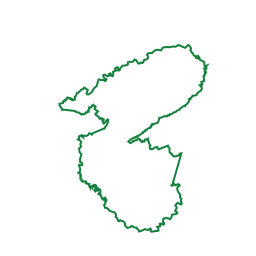 Zapotillo, Loja, Ecuador, rotated 196°
{"feature_id": "8360857B34607676191169", "entity_name": "Zapotillo", "entity_type": "district", "adm_level": 2, "iso_a3": "ECU", "parent_name": "Ecuador", "parent_adm1": "Loja", "projection": "mercator", "projection_center": [-80.325, -4.234], "detail": "fine", "context": "isolated", "style": "outline", "palette": "green", "viewbox_px": 256, "rotation_deg": 196, "n_neighbors": 0, "source": "geoboundaries", "source_scale": "gbopen_adm2", "svg_char_len": 5830}
<svg xmlns="http://www.w3.org/2000/svg" viewBox="0 0 256 256"><g transform="rotate(196 128 128)"><path d="M173.0,103.2L170.3,102.7L169.1,101.5L169.4,99.4L168.0,97.1L169.4,94.8L167.7,91.2L165.6,90.0L165.5,84.3L164.8,83.5L164.7,82.0L162.6,81.6L161.8,80.3L161.8,79.7L162.4,79.4L164.9,78.9L162.4,74.8L162.1,72.1L163.5,71.4L163.1,71.0L161.5,71.0L160.4,70.1L160.2,69.3L160.7,69.2L160.8,68.7L160.0,68.1L160.0,66.3L158.7,66.4L158.5,64.7L156.7,63.9L156.5,64.5L153.8,65.0L153.5,63.4L152.7,64.0L151.9,63.2L151.0,63.0L149.7,63.6L149.2,61.3L147.5,59.7L147.8,61.8L147.1,62.0L145.6,60.7L145.8,62.8L145.3,64.0L144.8,64.0L144.4,62.9L143.3,62.1L143.2,64.0L142.8,63.9L142.3,63.3L142.5,62.7L141.5,61.2L140.9,61.1L140.3,61.9L139.8,61.5L140.6,60.3L142.7,60.1L143.1,58.7L141.9,58.1L141.8,59.1L139.6,59.4L139.3,59.9L139.7,60.7L138.2,61.3L137.4,60.6L136.5,57.5L137.8,57.6L138.1,56.5L137.4,56.7L135.7,55.9L135.8,55.3L134.6,54.7L133.9,53.1L132.8,53.2L132.3,52.2L131.7,52.5L132.4,53.5L131.6,53.8L130.9,54.7L129.8,53.7L130.7,52.9L129.7,51.7L129.5,52.8L128.8,52.7L128.7,51.5L129.6,50.9L129.0,48.9L129.8,47.4L128.0,44.9L126.4,45.3L124.3,44.5L123.7,43.7L122.7,43.3L117.2,43.0L115.5,41.1L115.4,39.1L113.7,38.4L111.6,35.9L110.6,36.1L110.1,37.2L106.3,36.8L105.1,36.0L103.7,33.3L101.2,31.8L98.9,33.0L98.1,33.7L97.8,34.7L96.8,34.9L94.5,34.1L92.2,34.6L91.0,33.3L90.4,33.3L89.4,32.5L89.0,31.6L87.6,32.2L83.8,35.5L80.5,35.4L78.9,37.5L78.1,37.0L77.8,35.3L76.9,34.8L74.3,35.8L73.2,36.8L71.9,36.9L70.5,37.7L71.1,39.8L72.7,41.0L70.0,42.4L71.0,44.7L70.4,45.1L67.4,44.8L66.9,45.4L67.0,46.5L68.1,46.9L68.6,47.6L69.0,50.6L66.6,52.0L64.1,52.2L62.5,51.8L61.6,54.6L61.8,56.2L61.4,57.2L59.1,58.0L57.2,59.4L57.3,60.4L59.9,61.2L59.1,64.5L59.9,65.7L61.0,66.4L61.1,67.1L59.7,69.8L56.2,69.1L55.7,69.3L55.5,70.1L57.1,72.3L57.2,74.8L58.6,75.3L59.2,76.6L59.1,78.0L62.1,80.3L63.6,82.2L64.2,84.5L62.5,86.9L62.9,87.5L64.2,87.9L66.8,85.9L67.7,86.5L68.7,86.4L69.7,84.7L70.4,84.9L69.4,86.3L69.6,87.0L69.1,87.7L69.7,88.0L69.7,118.4L71.0,117.8L71.7,115.6L74.8,113.7L76.3,113.3L78.1,114.3L78.4,114.9L79.1,114.9L79.9,115.7L81.1,115.9L82.1,118.1L82.2,119.5L82.9,120.4L84.3,120.9L84.8,122.0L92.9,115.8L94.8,117.8L96.5,116.8L99.0,114.1L99.8,114.3L100.6,113.8L101.8,115.1L102.0,116.5L101.6,117.3L103.5,118.9L104.5,121.0L105.3,121.2L105.4,122.1L106.0,122.1L106.0,123.0L107.2,121.9L108.4,121.8L108.8,120.5L108.4,119.7L109.6,119.1L110.2,119.3L110.6,118.4L111.5,118.5L112.7,120.0L113.5,119.8L113.9,120.5L115.1,120.6L116.7,118.4L117.7,118.2L118.8,117.0L119.6,116.9L119.8,116.0L121.5,114.1L123.9,115.1L121.8,118.4L118.6,121.2L118.4,120.8L117.3,121.6L117.2,122.3L116.7,122.2L116.0,123.7L115.2,123.8L113.5,126.5L112.6,127.6L112.1,127.6L112.2,128.6L111.1,129.3L111.0,130.1L110.4,130.0L110.2,131.3L109.3,131.7L108.8,132.8L107.7,133.8L106.9,134.1L106.8,134.9L106.5,134.7L106.2,135.2L106.2,136.6L105.8,136.9L106.3,137.3L105.2,138.3L105.4,138.7L104.3,138.7L100.6,141.7L100.6,146.4L98.8,147.2L96.0,149.6L93.8,149.8L93.0,151.5L91.7,151.4L91.7,152.7L89.3,153.9L88.6,155.4L86.5,156.6L85.8,158.1L83.7,159.6L83.5,160.6L80.7,164.3L79.1,164.8L79.3,165.7L78.2,166.8L76.9,169.8L76.7,171.1L77.2,172.8L75.9,173.1L75.9,174.5L74.9,175.7L74.9,176.7L72.0,178.0L71.0,179.0L71.1,180.2L69.4,182.9L68.5,183.6L68.1,184.7L67.9,186.8L69.7,188.4L70.9,188.8L70.6,189.5L70.1,189.8L69.8,188.7L69.1,188.8L68.5,190.7L70.2,192.5L67.7,194.3L69.7,198.7L68.9,199.1L69.3,200.6L68.7,201.4L69.4,202.5L68.4,202.9L68.8,203.5L69.8,203.7L69.4,205.6L71.1,206.0L70.2,207.3L69.4,207.6L70.2,208.2L69.6,209.6L70.5,208.9L71.5,208.8L73.0,212.4L78.8,213.8L79.0,214.1L78.6,215.2L80.8,216.7L81.2,216.4L80.8,215.7L80.9,214.2L81.8,214.0L82.9,215.6L83.9,215.6L85.6,216.6L86.0,217.5L87.6,218.1L88.3,219.1L89.6,220.0L89.3,222.0L91.5,223.9L93.0,224.4L95.2,220.8L102.4,221.7L104.7,219.2L106.6,219.0L111.0,216.8L112.3,216.9L113.3,216.2L115.3,215.8L116.9,214.5L117.2,212.7L117.8,211.7L121.5,211.3L124.0,209.6L125.2,207.0L129.4,205.2L129.9,203.7L129.0,202.9L128.0,201.1L129.0,199.0L131.3,197.9L131.4,195.4L132.1,194.4L134.0,194.4L134.7,193.1L135.9,192.8L139.0,195.5L140.6,195.7L141.1,193.8L142.0,192.8L144.2,192.2L146.3,191.1L145.6,189.3L147.0,187.7L150.5,186.3L151.8,183.5L152.1,181.0L152.9,180.7L153.9,181.3L154.0,182.7L154.8,183.6L156.7,182.2L156.9,181.5L156.4,180.5L155.3,179.8L157.8,178.0L157.0,175.5L157.0,173.8L157.4,173.4L158.3,173.7L159.9,175.7L161.1,174.8L160.1,173.9L160.4,173.0L162.7,172.1L164.8,172.9L166.3,172.3L166.1,171.1L165.2,169.8L164.2,169.2L162.6,169.2L162.0,168.6L163.0,166.8L165.2,167.3L167.6,166.6L169.0,166.9L169.7,166.4L169.7,159.7L171.5,157.0L172.4,154.5L172.3,153.2L174.6,150.0L175.7,149.1L177.1,149.4L177.5,150.0L177.1,152.7L177.3,153.6L179.4,154.0L180.6,154.8L181.4,154.7L182.0,152.7L183.3,152.2L185.6,148.1L186.6,147.8L186.9,144.7L187.8,143.1L186.8,140.7L189.3,139.2L189.8,139.4L190.0,140.6L191.1,140.7L191.6,139.9L192.4,140.1L192.7,140.7L194.6,140.7L195.3,139.5L194.8,138.8L195.3,138.2L195.4,137.4L195.7,137.0L196.5,137.2L196.6,136.5L197.0,136.6L197.6,135.8L197.5,134.1L200.5,132.3L200.1,131.0L196.8,128.3L196.3,127.2L195.3,127.8L184.1,129.7L182.3,129.1L182.0,129.4L180.3,129.0L179.1,129.3L177.5,128.4L176.8,128.7L176.3,128.2L175.5,129.0L174.2,128.9L173.1,130.0L172.9,131.3L171.8,131.4L171.4,132.3L170.3,132.8L171.3,133.8L170.2,135.6L171.2,136.9L168.9,137.9L168.8,139.6L167.8,140.7L167.2,140.0L165.4,140.0L164.9,139.5L165.6,137.8L165.4,137.1L161.5,135.6L162.3,133.7L163.3,133.0L162.3,131.5L159.2,130.6L157.9,129.0L157.4,129.1L156.5,130.2L153.7,129.7L153.5,129.0L154.8,128.3L152.9,125.6L152.2,125.8L150.1,130.6L149.3,130.5L148.9,129.1L149.0,126.7L149.4,124.3L150.4,122.4L150.3,121.0L151.2,120.7L160.6,113.2L160.5,112.2L160.9,111.6L162.6,112.3L163.9,112.2L164.3,110.5L166.0,108.7L167.7,108.7L168.7,108.0L169.7,108.2L168.7,106.6L171.0,107.5L171.9,107.4L172.9,106.2L172.0,104.7L173.0,103.2Z" fill="none" stroke="#15803d" stroke-width="2"/></g></svg>